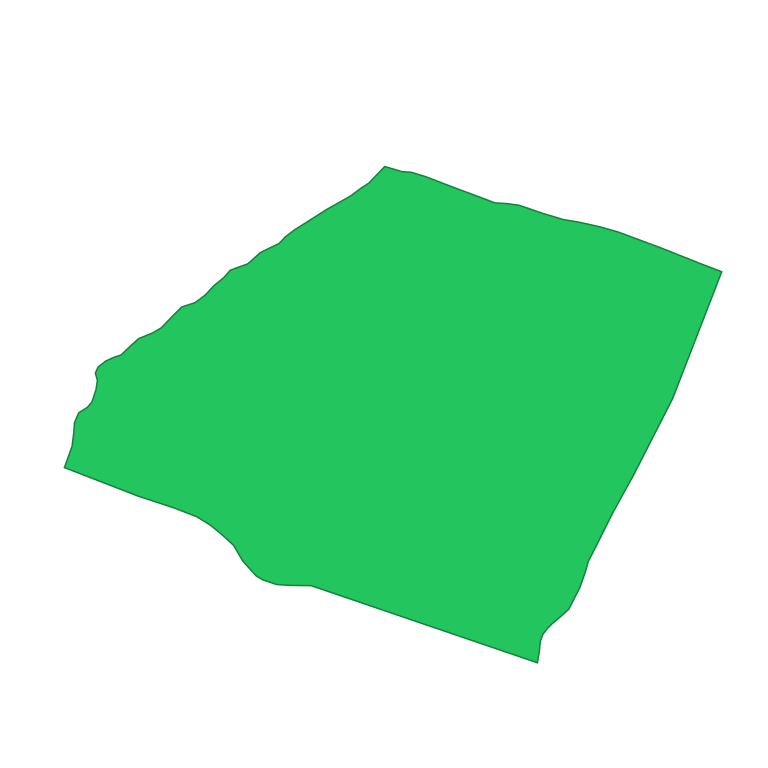 outline of Ntem, Wouleu-Ntem, Gabon, rotated 201°
{"feature_id": "22940354B82512793469031", "entity_name": "Ntem", "entity_type": "district", "adm_level": 2, "iso_a3": "GAB", "parent_name": "Gabon", "parent_adm1": "Wouleu-Ntem", "projection": "mercator", "projection_center": [11.684, 2.068], "detail": "fine", "context": "isolated", "style": "filled", "palette": "green", "viewbox_px": 768, "rotation_deg": 201, "n_neighbors": 0, "source": "geoboundaries", "source_scale": "gbopen_adm2", "svg_char_len": 1191}
<svg xmlns="http://www.w3.org/2000/svg" viewBox="0 0 768 768"><g transform="rotate(201 384 384)"><path d="M652.4,191.4L572.9,191.2L536.5,193.0L511.5,193.0L496.1,190.1L481.9,185.5L466.5,179.4L452.3,168.0L434.5,159.0L426.6,157.7L412.4,158.3L399.0,162.5L379.8,169.6L140.9,178.7L143.0,189.5L145.8,199.6L146.0,206.8L143.8,214.5L141.2,220.2L134.6,232.3L130.8,239.9L128.2,263.7L128.6,280.4L129.7,291.7L128.1,306.1L124.3,345.2L118.4,388.1L109.3,473.8L108.9,609.8L132.4,609.8L174.1,610.3L220.2,609.8L237.9,608.2L259.8,605.0L275.4,601.8L296.8,600.2L321.8,599.3L333.5,596.6L345.5,592.8L361.2,592.8L385.2,592.5L410.2,592.5L419.8,592.5L434.6,591.4L443.1,588.7L461.3,587.3L465.1,578.1L470.2,566.1L475.7,558.5L482.9,547.2L500.4,526.0L510.3,512.6L522.3,496.5L528.8,486.2L532.3,477.6L539.1,470.4L546.7,462.2L551.1,453.3L554.5,447.1L561.7,441.0L568.3,435.1L571.7,425.9L578.2,414.6L582.6,403.3L589.5,392.3L600.5,383.4L606.0,371.0L612.1,356.6L618.3,348.8L629.3,338.5L634.4,328.5L639.9,316.9L645.7,312.1L651.9,305.9L657.0,297.4L657.4,290.8L652.9,284.7L650.9,275.8L650.2,262.7L652.6,255.9L658.7,247.7L659.1,237.0L656.3,227.8L652.9,214.1L652.4,191.4Z" fill="#22c55e" stroke="#15803d" stroke-width="1.5"/></g></svg>